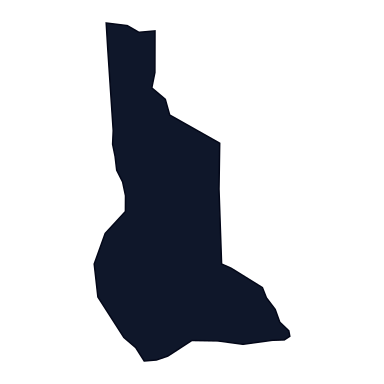 an SVG outline of Abim
{"feature_id": "UGA-3126", "entity_name": "Abim", "entity_type": "County", "adm_level": 1, "iso_a3": "UGA", "parent_name": "Uganda", "parent_adm1": "", "projection": "natural_earth1", "projection_center": [33.73, 2.826], "detail": "fine", "context": "isolated", "style": "filled", "palette": "ink", "viewbox_px": 384, "rotation_deg": 0, "n_neighbors": 0, "source": "natural_earth", "source_scale": "10m", "svg_char_len": 601}
<svg xmlns="http://www.w3.org/2000/svg" viewBox="0 0 384 384"><path d="M107.7,48.1L106.2,23.0L127.3,25.6L138.9,32.3L155.0,30.9L154.9,72.5L151.8,87.9L165.3,99.3L169.7,115.0L219.7,143.2L219.0,189.1L221.6,264.0L231.1,268.2L262.4,287.6L266.4,297.8L275.2,309.4L279.8,322.2L288.8,330.8L289.8,336.3L284.3,339.9L272.2,340.3L243.0,344.3L217.6,340.9L191.8,340.5L167.8,356.1L156.4,360.0L144.2,361.0L135.7,347.6L123.9,337.5L97.9,297.0L94.2,264.0L105.2,233.4L125.4,211.5L125.5,195.7L122.6,181.9L116.7,170.2L115.1,156.5L112.6,144.2L113.2,130.6L107.7,48.1Z" fill="#0f172a" stroke="#020617" stroke-width="1.5"/></svg>